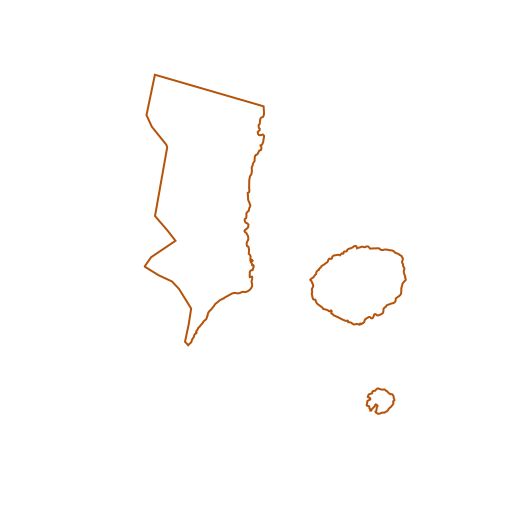 outline of Sumkar District, Madang, Papua New Guinea, rotated 49°
{"feature_id": "67681753B60776000026411", "entity_name": "Sumkar District", "entity_type": "district", "adm_level": 2, "iso_a3": "PNG", "parent_name": "Papua New Guinea", "parent_adm1": "Madang", "projection": "mercator", "projection_center": [145.886, -4.793], "detail": "fine", "context": "isolated", "style": "outline", "palette": "amber", "viewbox_px": 512, "rotation_deg": 49, "n_neighbors": 0, "source": "geoboundaries", "source_scale": "gbopen_adm2", "svg_char_len": 6164}
<svg xmlns="http://www.w3.org/2000/svg" viewBox="0 0 512 512"><g transform="rotate(49 256 256)"><path d="M52.9,213.4L77.8,246.2L90.0,249.8L113.3,250.7L115.7,251.7L159.6,306.0L180.0,306.1L191.7,306.8L188.1,336.0L190.8,346.7L191.3,346.9L206.7,342.1L220.1,336.1L230.2,335.7L253.1,339.4L263.4,351.6L274.1,365.8L278.9,365.7L278.7,364.4L278.6,361.5L276.8,358.3L276.6,356.9L276.1,355.7L275.2,354.4L274.9,353.7L275.1,351.5L274.8,351.1L274.1,351.1L273.7,350.6L273.2,348.3L272.7,347.6L272.4,346.7L272.3,344.6L272.1,344.1L271.5,339.7L271.2,339.4L271.0,338.4L271.0,335.1L270.3,333.5L269.7,332.9L269.6,332.2L268.6,331.1L267.3,328.8L267.0,327.0L267.0,325.4L266.4,321.7L265.5,318.2L265.7,313.6L265.6,312.8L266.4,309.2L266.9,308.3L266.7,307.5L268.6,298.6L269.5,296.7L270.5,295.7L271.8,294.7L272.7,293.7L273.6,291.9L273.7,290.9L274.2,289.7L276.5,287.3L276.9,286.2L277.3,284.8L277.4,282.1L277.1,280.9L276.3,278.8L275.7,278.2L274.6,277.4L272.5,276.2L271.9,275.7L271.2,274.4L269.8,273.0L269.0,272.6L268.5,273.1L267.9,274.5L266.3,273.4L265.4,272.3L264.1,271.4L263.6,270.1L263.6,269.0L264.4,267.9L264.4,267.6L263.5,266.6L262.9,265.1L261.8,264.1L261.2,264.0L260.9,264.2L260.9,264.7L260.5,265.0L259.4,264.3L258.5,264.0L257.2,263.9L255.8,263.3L254.2,261.9L252.8,260.4L251.5,259.9L249.6,260.0L246.7,257.1L244.3,255.7L243.7,255.7L243.1,256.2L242.5,256.2L241.3,255.6L239.6,253.9L238.9,251.9L238.2,250.7L236.8,249.6L235.4,248.9L232.9,248.3L231.5,248.3L230.7,248.6L229.7,248.4L229.2,247.5L229.3,243.6L228.8,242.6L227.3,241.1L225.8,241.1L224.4,241.8L223.6,241.9L222.6,241.6L221.5,241.1L220.8,240.2L220.9,238.6L220.6,238.1L218.8,236.3L217.8,235.6L217.3,234.8L217.0,232.8L217.2,232.2L216.9,231.5L215.5,229.7L214.5,227.5L213.6,226.8L212.9,226.7L211.4,226.0L209.3,225.4L208.4,225.0L202.9,220.8L203.3,219.5L202.8,218.6L202.2,218.0L200.3,216.7L194.4,211.4L192.1,208.5L191.6,207.4L191.5,206.4L190.9,205.4L189.4,203.5L186.3,201.1L185.5,199.3L184.3,197.6L183.8,196.4L183.5,195.1L183.0,194.3L182.5,194.0L180.1,191.5L179.6,190.0L180.1,188.8L180.0,188.0L178.7,184.5L178.7,183.9L179.3,182.9L179.1,182.5L178.6,181.6L177.6,180.7L175.5,180.1L175.9,179.1L175.9,178.4L175.6,177.7L174.5,175.5L172.7,173.6L171.7,172.1L170.6,171.1L169.1,171.0L168.6,171.4L168.1,172.9L167.3,173.9L166.6,174.4L165.7,174.5L164.6,174.1L163.5,173.2L163.4,171.0L163.1,170.3L162.6,169.8L161.3,169.8L159.4,168.6L158.8,167.9L158.9,167.0L158.6,166.4L155.5,163.0L155.1,162.2L155.1,160.9L155.6,159.5L155.4,158.8L154.4,157.2L153.1,155.9L148.0,152.1L52.9,213.4ZM373.4,164.3L373.0,163.4L372.6,162.0L372.3,158.8L371.7,158.1L370.3,157.8L369.8,157.4L369.6,156.9L368.2,156.5L365.2,155.1L364.0,154.0L363.4,152.8L362.8,152.2L362.0,151.9L360.7,151.7L359.8,151.4L358.6,150.4L356.8,150.1L356.1,149.4L354.6,147.0L353.5,146.6L352.6,146.5L351.7,146.2L351.0,146.3L349.0,147.0L348.3,147.0L347.4,147.4L344.9,148.8L343.4,148.8L341.8,149.3L340.9,149.8L339.3,151.4L338.0,152.2L336.3,153.8L335.5,154.7L334.6,156.6L333.5,157.5L332.6,157.9L330.9,158.1L326.4,163.5L326.0,164.3L325.2,165.1L323.3,165.0L322.3,165.2L321.4,166.1L321.1,166.8L321.0,167.7L320.6,168.3L319.8,169.0L319.2,169.2L318.2,170.3L317.6,172.3L317.0,173.1L316.5,174.7L314.7,174.0L314.2,174.0L313.6,174.4L313.0,175.5L312.9,177.4L312.4,179.3L311.8,180.4L311.3,181.8L311.3,183.1L311.9,184.4L311.6,185.1L310.5,186.5L310.6,187.5L311.5,188.4L311.4,188.8L310.4,189.6L310.3,190.2L310.6,192.2L309.3,192.9L308.6,193.6L307.5,195.7L306.8,196.5L306.5,197.7L306.7,199.0L307.4,199.8L307.6,200.4L307.5,201.2L306.8,201.9L306.3,202.0L306.1,202.4L306.1,203.1L306.3,203.9L307.2,205.3L307.4,206.3L307.4,207.2L307.2,208.0L307.2,209.7L306.6,213.1L307.0,213.8L307.1,216.7L307.6,217.2L307.7,217.8L307.4,218.5L307.5,219.8L307.8,221.1L309.0,222.4L309.0,223.7L309.7,226.4L309.7,227.6L309.5,228.4L309.4,230.4L309.6,230.7L312.0,230.7L313.0,231.3L314.2,231.4L315.9,232.3L316.6,233.0L317.7,235.7L319.4,236.7L320.7,238.0L320.8,238.3L321.5,239.0L322.7,239.5L323.6,240.2L325.8,241.1L326.6,241.1L327.8,240.0L328.5,240.0L329.5,240.6L331.4,241.1L333.0,241.0L338.5,239.7L339.5,240.0L340.2,240.0L341.8,238.7L343.4,237.7L344.8,237.2L345.4,237.2L345.9,236.9L346.2,236.2L346.2,235.6L346.5,235.0L347.2,235.0L347.8,235.5L348.1,236.2L348.6,236.8L350.5,236.3L352.2,236.2L353.0,235.6L354.9,234.9L355.5,234.3L357.4,233.9L358.2,233.3L359.5,233.0L363.6,231.0L364.3,230.3L364.8,229.3L365.5,229.3L366.1,229.8L366.5,229.8L367.8,228.5L369.0,227.8L370.3,227.7L371.8,227.1L372.8,225.8L373.3,224.5L375.3,223.3L375.9,222.7L375.3,221.9L375.7,221.3L376.1,221.3L376.6,220.9L376.7,219.5L376.9,219.1L376.9,218.0L376.5,217.0L376.0,216.6L375.5,215.5L375.5,214.0L376.1,210.9L376.4,210.4L377.1,210.0L378.6,209.9L379.2,209.3L379.3,208.3L378.7,206.8L377.8,205.4L377.8,204.6L378.2,204.0L378.8,203.7L379.7,203.7L380.3,203.5L381.1,202.7L382.3,198.8L382.2,197.6L382.0,197.0L379.4,194.2L379.3,192.3L379.5,191.8L379.5,191.3L379.1,190.4L379.1,189.0L380.2,186.5L380.4,185.6L381.6,183.4L381.9,182.2L381.9,181.2L381.3,179.9L379.8,178.4L379.8,177.0L380.1,174.6L380.1,172.9L379.9,172.0L379.4,171.0L376.4,168.0L375.7,167.6L374.3,165.3L373.4,164.3ZM458.4,262.0L458.6,261.5L458.7,260.2L459.1,259.1L459.1,257.9L458.5,256.3L458.3,254.9L458.4,252.9L457.8,249.9L457.5,249.2L456.8,248.5L456.2,248.3L455.7,247.8L455.7,246.2L455.0,245.7L453.9,245.5L452.2,244.2L451.1,244.0L449.6,244.0L448.4,245.2L447.7,245.5L446.1,245.8L444.0,245.8L442.9,246.3L442.2,246.3L441.0,246.6L440.6,247.0L440.2,247.8L439.3,248.7L437.8,249.8L436.0,250.7L435.5,252.2L435.8,254.5L434.7,256.4L434.7,257.1L435.3,257.7L435.8,258.6L434.6,261.1L434.6,261.9L435.3,263.7L435.8,264.1L436.4,264.0L437.3,263.3L438.2,263.2L438.9,263.4L439.1,263.7L439.2,264.1L438.9,264.6L438.9,265.8L438.6,266.4L438.6,267.1L438.9,267.7L440.1,268.7L440.7,269.8L441.3,270.4L441.9,270.4L443.4,269.3L443.9,269.3L444.4,269.5L445.1,270.2L446.4,270.4L447.7,271.2L448.2,270.7L448.2,270.2L447.6,269.2L447.3,265.0L446.6,263.8L446.6,262.9L448.4,262.4L448.8,262.5L449.2,263.2L449.4,264.1L451.3,266.1L451.8,266.9L451.9,268.0L452.6,268.2L455.2,267.4L455.5,267.0L456.2,265.8L456.7,264.1L457.1,263.3L458.4,262.0ZM257.2,262.5L257.5,262.1L257.4,261.7L256.3,261.6L255.9,261.8L255.9,262.1L256.3,262.5L257.2,262.5Z" fill="none" stroke="#b45309" stroke-width="2"/></g></svg>